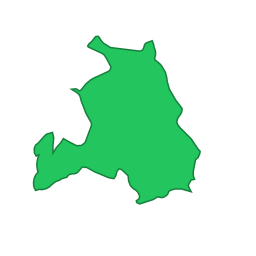 SVG path tracing the border of Akershus, rotated 20°
{"feature_id": "NOR-917", "entity_name": "Akershus", "entity_type": "County", "adm_level": 1, "iso_a3": "NOR", "parent_name": "Norway", "parent_adm1": "", "projection": "robinson", "projection_center": [11.148, 60.053], "detail": "fine", "context": "isolated", "style": "filled", "palette": "green", "viewbox_px": 256, "rotation_deg": 20, "n_neighbors": 0, "source": "natural_earth", "source_scale": "10m", "svg_char_len": 2169}
<svg xmlns="http://www.w3.org/2000/svg" viewBox="0 0 256 256"><g transform="rotate(20 128 128)"><path d="M208.1,153.4L205.0,155.5L204.2,161.0L205.7,163.2L209.2,166.3L199.2,167.0L192.9,169.3L190.0,171.4L188.6,172.7L188.0,173.9L188.1,175.2L187.9,176.6L187.4,178.0L186.1,179.8L184.8,181.2L183.5,181.9L179.3,182.6L176.2,186.6L165.0,195.3L162.2,195.2L161.5,194.8L160.7,193.7L162.5,190.8L162.6,189.8L162.3,188.4L161.5,187.2L159.8,185.5L158.4,184.5L157.0,183.9L155.0,183.5L152.7,182.7L149.9,181.3L146.8,177.7L144.4,172.8L136.3,169.3L133.5,169.4L132.5,172.2L132.8,177.3L132.1,180.4L127.0,181.3L111.4,180.6L102.9,179.2L98.5,180.2L97.9,181.5L96.1,186.4L94.9,188.1L93.9,189.0L90.9,190.3L88.5,192.0L88.2,192.6L87.4,195.2L83.3,198.1L81.6,200.4L78.6,202.9L77.4,204.5L75.2,208.2L74.3,210.2L72.0,212.9L67.9,215.6L67.5,215.6L66.4,215.5L62.4,218.3L61.8,217.4L60.5,216.4L59.3,214.9L57.8,211.4L57.1,207.7L57.3,203.9L58.5,200.3L56.4,196.9L54.8,193.5L53.8,189.3L53.4,183.8L51.3,185.8L48.6,183.4L46.8,179.1L47.1,175.5L48.9,172.6L51.9,164.9L53.5,161.7L58.5,158.0L61.6,162.7L63.7,170.9L66.1,177.2L67.4,171.0L69.8,164.8L70.9,160.0L76.1,161.0L85.6,162.2L89.7,160.6L90.6,159.7L92.5,156.7L92.7,155.4L92.8,138.5L92.0,135.9L83.6,128.7L74.8,118.6L72.3,114.9L70.6,113.4L68.2,112.3L61.7,110.9L65.1,109.2L66.9,109.0L69.4,109.8L70.2,109.2L70.8,108.6L73.4,100.9L76.4,95.7L78.5,93.1L90.2,81.5L91.1,80.0L91.3,79.2L91.1,76.5L83.5,69.5L80.2,67.3L77.6,66.7L63.3,65.5L62.3,65.1L62.1,64.2L62.5,62.4L64.2,59.4L66.0,54.2L66.3,53.2L68.5,52.0L70.4,53.0L71.7,54.2L75.1,56.3L76.1,56.7L84.1,58.4L112.5,51.8L114.1,50.9L114.8,50.0L115.3,48.0L115.3,46.5L115.1,43.8L115.7,42.4L116.3,41.5L120.7,37.9L120.9,37.7L123.7,40.9L124.8,43.1L127.1,45.8L128.2,47.9L129.0,50.4L129.1,53.2L129.8,54.3L130.5,54.9L136.2,56.9L138.4,58.2L144.1,62.9L147.3,67.6L148.8,70.7L153.6,77.4L163.3,85.5L172.1,91.1L172.7,93.0L173.0,95.6L171.4,102.0L171.7,105.2L172.5,106.7L173.7,108.0L177.1,110.1L191.1,116.6L201.1,123.9L203.7,125.2L203.9,125.8L204.2,127.6L204.0,131.5L203.5,132.5L202.8,133.8L202.5,134.5L202.4,135.2L204.0,145.5L204.8,148.4L205.7,150.4L206.7,151.9L208.0,153.3L208.1,153.4Z" fill="#22c55e" stroke="#15803d" stroke-width="1.5"/></g></svg>